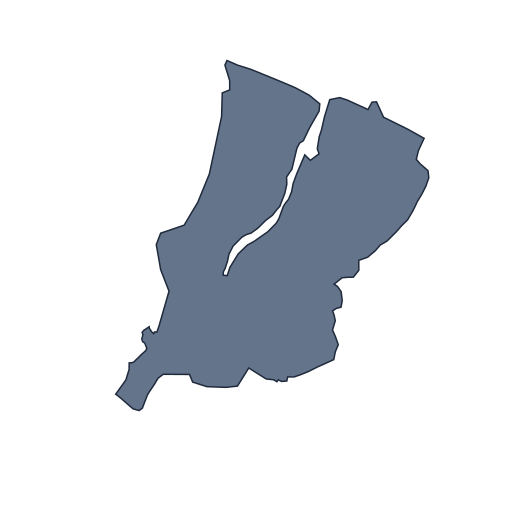 Akuku Toru, Bayelsa, Nigeria (Natural Earth projection), rotated 208°
{"feature_id": "59680162B59329233871626", "entity_name": "Akuku Toru", "entity_type": "district", "adm_level": 2, "iso_a3": "NGA", "parent_name": "Nigeria", "parent_adm1": "Bayelsa", "projection": "natural_earth1", "projection_center": [6.683, 4.57], "detail": "fine", "context": "isolated", "style": "filled", "palette": "slate", "viewbox_px": 512, "rotation_deg": 208, "n_neighbors": 0, "source": "geoboundaries", "source_scale": "gbopen_adm2", "svg_char_len": 2424}
<svg xmlns="http://www.w3.org/2000/svg" viewBox="0 0 512 512"><g transform="rotate(208 256 256)"><path d="M320.2,137.6L320.7,135.1L318.9,133.5L317.9,129.1L315.8,127.1L313.4,126.9L310.1,124.1L309.1,123.3L308.9,120.8L308.9,120.7L311.2,114.6L311.4,113.7L312.2,111.0L313.4,107.5L313.7,106.2L314.6,104.2L317.8,102.1L315.8,98.2L315.5,97.6L314.8,96.5L314.5,94.7L312.7,85.5L315.0,68.1L314.6,68.1L309.1,67.1L292.9,63.3L286.6,64.7L284.9,68.3L286.2,78.7L286.6,82.2L286.5,85.2L285.5,94.8L285.1,102.1L282.4,108.0L259.1,120.2L252.7,114.9L238.0,117.6L220.9,125.9L211.3,132.4L209.8,153.7L189.3,152.2L182.3,155.0L178.5,154.8L178.2,157.2L174.6,157.2L170.1,160.1L171.3,164.1L165.6,167.1L161.1,171.9L155.4,178.7L149.6,186.9L138.7,201.0L141.0,208.7L141.7,216.3L147.9,222.0L153.7,226.6L155.6,236.1L159.4,240.6L162.6,243.5L160.4,247.5L156.9,250.7L158.8,256.9L164.1,264.5L169.8,267.4L173.8,267.8L169.8,277.2L165.3,280.1L160.1,283.0L158.5,291.7L163.2,300.4L160.4,303.5L156.8,307.4L155.1,311.8L153.1,316.7L151.5,323.9L147.3,330.8L145.8,335.7L143.5,343.2L141.6,351.2L139.1,359.2L138.7,369.2L138.8,373.8L139.1,379.7L138.7,386.7L138.6,388.3L138.8,397.7L139.3,400.7L140.1,406.1L142.1,409.1L144.2,412.1L154.2,414.4L159.8,416.6L162.0,425.0L162.2,427.6L162.8,438.8L181.3,439.2L208.5,438.4L222.0,448.7L225.8,446.3L225.9,437.9L237.8,437.2L239.3,437.1L248.9,436.5L252.8,435.8L256.4,435.2L264.3,428.7L260.9,411.1L257.3,397.7L256.2,391.0L254.5,386.1L252.2,379.4L248.3,375.8L252.9,366.0L260.4,368.2L258.6,347.3L257.2,337.3L254.7,329.3L253.9,321.4L254.9,316.0L255.1,312.5L253.3,299.4L253.6,294.2L257.0,282.9L264.8,267.6L268.7,261.8L272.7,249.5L273.7,233.8L272.2,225.1L276.0,223.7L277.4,226.8L277.4,230.4L278.7,238.0L280.7,244.7L280.9,254.0L277.4,265.7L274.8,270.1L271.1,273.9L267.5,281.3L264.1,292.1L260.6,299.7L259.4,306.6L258.3,311.0L260.0,325.0L262.5,333.9L266.1,340.1L265.3,347.4L265.0,349.3L267.6,359.3L270.5,370.5L270.5,376.3L268.7,379.2L268.3,380.3L268.4,382.0L268.9,394.8L268.3,413.6L271.1,420.3L284.7,423.0L300.7,423.0L319.7,421.3L348.1,418.4L361.7,415.9L373.4,415.0L373.1,410.0L361.6,398.5L357.2,390.3L362.4,384.2L351.9,363.1L335.7,306.5L332.6,276.0L333.4,261.0L333.9,249.5L350.9,231.4L349.4,219.2L338.2,204.9L333.9,199.3L316.3,184.1L316.1,183.2L309.7,153.0L308.8,148.8L307.8,142.3L309.9,141.4L310.0,140.9L309.8,140.1L309.9,139.4L312.7,140.1L313.8,140.8L316.3,142.2L317.1,143.4L320.2,137.6Z" fill="#64748b" stroke="#1e293b" stroke-width="1.5"/></g></svg>